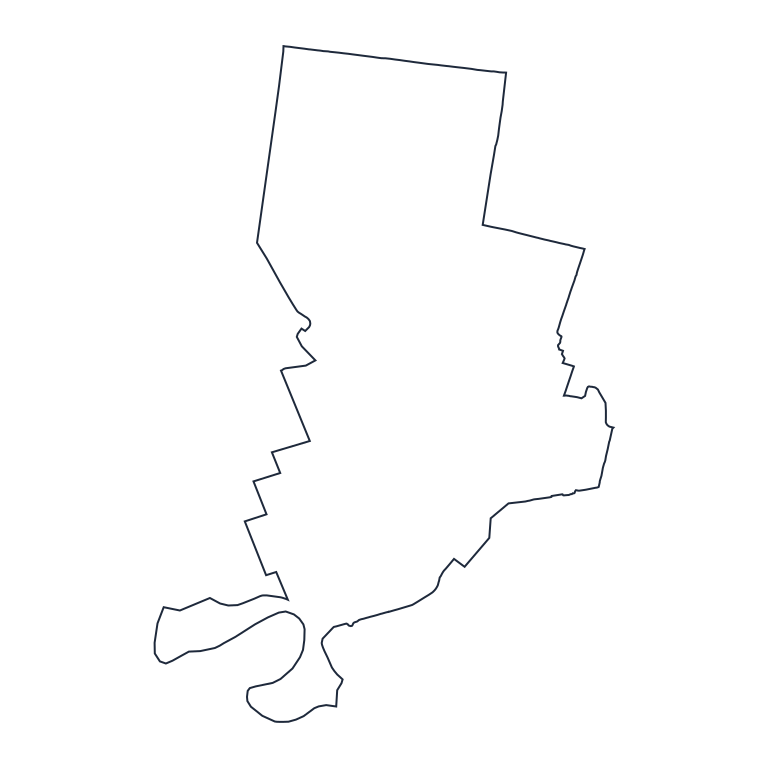 Piscu, Galati, Romania (Robinson projection)
{"feature_id": "2599482B99820264083382", "entity_name": "Piscu", "entity_type": "district", "adm_level": 2, "iso_a3": "ROU", "parent_name": "Romania", "parent_adm1": "Galati", "projection": "robinson", "projection_center": [27.723, 45.527], "detail": "fine", "context": "isolated", "style": "outline", "palette": "slate", "viewbox_px": 768, "rotation_deg": 0, "n_neighbors": 0, "source": "geoboundaries", "source_scale": "gbopen_adm2", "svg_char_len": 6067}
<svg xmlns="http://www.w3.org/2000/svg" viewBox="0 0 768 768"><path d="M613.4,427.6L609.4,426.6L607.7,425.4L606.9,424.5L606.3,423.5L605.8,422.2L605.9,417.5L605.9,410.7L605.5,402.9L601.5,396.1L599.3,392.4L597.9,389.5L597.5,389.2L595.6,387.7L594.3,387.2L593.2,387.1L592.2,386.8L590.5,386.7L589.0,386.4L587.9,386.9L587.2,388.1L585.9,392.0L585.1,395.9L581.5,398.3L577.2,397.2L575.4,396.9L571.3,396.3L570.2,396.2L568.7,395.8L567.6,395.7L566.3,395.5L565.4,395.5L564.6,395.7L563.9,395.7L565.0,392.7L565.8,390.5L566.1,389.5L569.7,378.8L570.5,376.5L572.2,371.3L572.8,369.6L573.4,367.9L573.8,366.8L573.9,366.4L572.2,365.8L562.7,363.0L563.9,360.3L564.6,358.4L564.3,357.8L563.8,357.0L563.3,356.3L562.9,355.8L562.6,355.3L562.3,354.7L561.9,354.1L562.2,353.3L562.6,352.1L563.0,350.8L559.2,349.5L559.3,349.2L559.2,348.8L558.9,348.2L558.5,347.5L558.2,346.6L558.0,346.1L558.0,345.7L558.1,345.1L558.2,344.9L558.4,344.7L558.6,344.6L559.1,343.9L559.6,343.4L559.9,343.0L560.0,342.9L560.2,342.3L560.3,341.6L560.3,341.2L560.3,340.4L560.6,339.3L560.9,338.6L561.4,337.2L561.5,336.7L561.3,336.2L560.8,336.0L560.0,335.5L559.5,335.1L558.9,334.6L558.1,333.8L557.4,332.7L557.4,331.9L557.4,331.2L557.6,330.4L558.0,329.6L558.5,328.2L558.7,327.6L559.4,325.1L560.2,322.2L561.2,319.0L562.3,316.0L563.0,313.9L563.8,311.5L566.3,304.4L566.4,303.9L567.2,301.6L567.3,301.2L568.6,297.6L568.7,297.2L569.2,295.5L569.6,294.3L570.1,292.7L570.4,291.7L571.1,289.8L571.8,287.7L574.4,280.6L575.2,277.8L575.6,276.4L576.5,275.0L576.8,273.2L577.0,272.4L577.2,271.7L578.2,268.6L578.3,268.3L578.8,266.8L579.9,263.6L582.8,254.9L583.4,252.9L584.1,250.4L584.6,249.0L584.2,248.9L582.6,248.5L580.1,248.0L576.4,247.1L573.4,246.4L570.9,245.7L568.7,244.9L565.6,244.4L564.1,244.0L559.3,243.0L556.6,242.3L553.6,241.6L550.4,240.9L548.5,240.4L544.3,239.5L542.0,238.9L539.5,238.3L538.2,237.9L537.7,237.8L536.3,237.5L534.8,237.1L530.0,235.9L526.9,235.1L524.0,234.4L518.9,233.1L516.3,232.4L513.2,231.4L511.5,230.9L505.0,229.5L493.1,227.2L490.7,226.7L482.7,224.9L490.6,174.3L494.0,154.8L495.4,146.0L495.7,145.4L496.2,144.4L496.4,143.5L497.3,140.0L498.2,135.6L498.9,129.5L499.5,124.9L500.5,117.7L501.7,111.2L502.6,104.7L502.8,101.6L506.1,72.6L504.2,72.5L502.6,72.5L499.5,72.3L496.6,71.8L493.8,71.4L491.2,71.4L485.9,70.8L480.7,70.2L477.3,69.9L471.5,68.9L463.4,67.9L458.7,67.4L453.5,66.8L448.7,66.2L446.6,66.0L441.3,65.4L437.6,64.9L432.5,64.4L428.5,64.0L426.9,63.8L418.8,62.7L414.1,62.1L409.4,61.4L404.7,60.8L400.0,60.1L395.0,59.5L390.3,58.8L385.6,58.3L381.4,58.2L377.7,57.7L372.4,56.9L367.6,56.3L362.8,55.7L357.5,55.0L352.8,54.4L348.4,53.8L343.7,53.3L339.0,52.7L334.2,52.2L330.1,51.8L328.2,51.4L325.0,51.2L323.3,51.1L321.5,50.8L320.2,50.6L317.1,50.3L316.4,50.2L311.5,49.6L309.9,49.4L309.2,49.4L304.4,48.7L299.5,48.1L294.7,47.5L289.9,46.8L285.3,46.4L284.4,46.2L283.5,46.1L283.3,51.6L279.0,86.3L275.5,111.7L257.0,242.8L266.8,258.6L280.1,282.6L288.9,297.8L290.6,300.6L292.9,304.4L296.3,309.8L297.5,311.5L299.0,312.7L301.0,313.9L303.1,315.3L305.0,316.6L305.8,317.0L306.8,317.6L307.5,318.2L308.4,319.0L309.4,320.3L309.9,321.1L310.1,322.2L310.3,323.7L310.0,325.3L309.1,327.1L305.2,331.0L301.5,328.6L297.7,333.9L296.8,336.9L301.8,346.3L315.4,360.4L305.8,365.6L285.5,368.3L283.6,369.0L281.9,370.3L281.0,370.6L309.8,441.0L271.9,452.3L280.2,473.0L253.5,481.4L266.5,514.3L244.8,521.4L266.1,575.2L276.2,572.0L287.8,599.7L286.2,599.0L281.9,597.6L280.0,597.2L266.8,595.4L265.8,595.4L263.7,595.4L262.2,595.5L260.2,596.1L254.3,598.7L242.7,603.3L237.5,605.1L228.3,605.5L220.1,603.5L209.9,598.0L179.9,610.5L163.7,607.2L157.5,623.4L154.6,642.8L154.8,653.5L159.9,661.4L165.9,663.5L172.5,660.7L181.8,655.5L188.9,651.6L200.2,651.1L214.9,648.0L219.7,645.7L223.9,643.1L235.2,637.0L255.1,624.3L267.9,617.4L278.8,612.6L285.7,611.5L293.9,614.4L299.2,618.5L303.4,624.4L304.6,629.2L304.3,640.1L303.0,649.9L300.0,657.2L292.5,668.5L280.5,679.0L272.7,682.9L255.7,686.4L249.8,688.1L247.7,690.9L247.0,696.9L247.4,701.1L250.9,706.7L262.3,715.8L262.5,715.9L274.8,721.5L277.0,721.8L282.2,721.9L288.5,721.7L296.0,719.6L303.7,716.1L314.3,708.2L318.7,706.4L326.2,705.1L336.2,706.5L337.2,690.2L341.5,683.2L342.6,679.4L337.2,674.5L334.3,671.0L331.9,667.5L329.9,662.9L327.6,657.6L324.5,651.2L322.9,647.4L322.0,644.7L321.7,643.0L322.6,638.7L333.2,627.5L333.9,626.9L336.2,626.4L341.5,624.9L343.6,624.3L345.9,623.7L346.4,623.6L346.8,623.7L347.3,624.1L347.8,624.5L348.0,624.5L348.2,624.9L348.7,625.4L349.1,625.7L349.6,625.8L350.3,626.0L350.8,626.1L351.2,626.0L351.7,625.9L352.0,625.8L352.1,625.6L352.3,625.4L352.7,624.7L353.0,623.9L353.3,623.3L353.7,622.9L354.2,622.5L354.9,622.2L355.9,621.9L356.9,621.6L357.3,621.4L357.8,621.0L358.4,620.5L359.0,620.0L360.4,619.5L361.4,619.2L363.7,618.7L364.7,618.4L366.7,617.8L368.3,617.4L370.3,616.8L373.9,615.9L377.5,614.9L380.9,613.8L381.6,613.7L384.7,612.8L386.5,612.3L387.5,612.1L388.6,611.7L388.7,611.9L390.4,611.4L393.8,610.4L397.8,609.3L401.8,608.1L405.8,606.9L409.8,605.7L411.4,605.2L412.3,604.9L413.7,604.1L417.5,601.8L421.2,599.5L424.9,597.2L428.7,594.9L432.3,592.5L433.1,591.8L433.9,591.0L434.5,590.4L435.8,588.8L436.8,587.2L437.4,586.1L437.8,585.3L438.2,583.8L438.6,582.2L439.1,580.7L439.4,579.1L439.7,577.5L440.7,576.2L441.9,573.9L442.8,572.3L443.9,570.7L445.1,569.4L445.6,568.9L449.6,564.2L450.6,563.0L452.1,561.2L454.0,558.9L464.6,566.8L489.3,537.9L490.7,518.3L508.5,503.4L525.4,501.5L527.9,500.9L529.7,500.6L533.5,499.5L534.6,499.3L537.4,499.0L538.5,498.9L549.8,497.3L551.4,496.9L551.6,496.0L562.3,494.3L562.6,494.4L563.1,495.2L563.8,495.4L564.8,495.3L567.0,495.1L568.8,495.0L570.6,494.2L571.3,494.1L571.8,494.1L572.0,493.9L572.4,493.7L572.8,493.3L573.1,493.4L573.6,493.4L574.0,493.3L574.5,493.0L574.7,492.7L574.8,492.3L574.9,491.9L575.1,491.3L575.9,490.2L577.2,490.4L577.8,490.6L579.2,490.7L583.3,490.1L585.9,489.7L595.4,487.8L596.9,487.6L597.9,487.3L598.7,486.9L599.7,482.6L599.8,481.2L600.4,479.1L601.3,476.3L601.5,475.5L602.1,472.2L602.5,470.0L602.8,468.2L603.0,467.4L604.1,463.5L604.8,462.0L605.3,460.4L606.0,456.1L607.7,449.1L609.2,441.7L609.7,440.6L612.3,428.8L613.4,427.6Z" fill="none" stroke="#1e293b" stroke-width="2"/></svg>